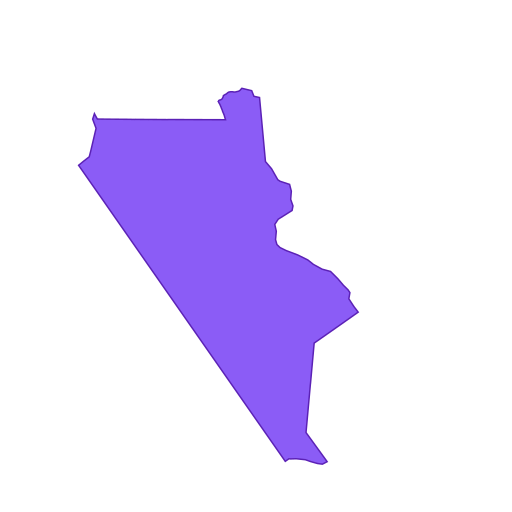 the district of Micomiseng, Kié-Ntem, Equatorial Guinea, rotated 235°
{"feature_id": "11065452B35658646165921", "entity_name": "Micomiseng", "entity_type": "district", "adm_level": 2, "iso_a3": "GNQ", "parent_name": "Equatorial Guinea", "parent_adm1": "Kié-Ntem", "projection": "albers", "projection_center": [10.868, 2.052], "detail": "fine", "context": "isolated", "style": "filled", "palette": "violet", "viewbox_px": 512, "rotation_deg": 235, "n_neighbors": 0, "source": "geoboundaries", "source_scale": "gbopen_adm2", "svg_char_len": 1695}
<svg xmlns="http://www.w3.org/2000/svg" viewBox="0 0 512 512"><g transform="rotate(235 256 256)"><path d="M295.4,324.6L303.4,318.6L306.0,317.6L318.6,318.8L327.9,317.9L383.8,349.8L388.0,345.9L393.9,347.3L401.5,340.6L401.5,340.4L401.0,338.5L400.9,338.3L400.9,338.1L400.9,336.7L401.0,336.4L401.0,336.1L401.6,334.8L402.1,333.4L402.2,333.2L402.3,333.0L403.1,331.8L403.3,331.7L403.8,331.2L404.3,330.6L405.0,329.6L405.7,328.2L405.9,327.7L406.0,326.7L405.8,324.8L405.8,324.5L405.8,324.2L406.0,323.6L406.0,322.6L406.1,321.6L406.1,321.3L406.0,321.2L405.4,320.6L405.3,320.4L405.1,320.2L404.2,318.5L404.2,318.2L404.1,317.8L404.2,316.6L404.3,316.3L404.4,316.0L404.7,315.5L404.7,314.9L404.7,314.6L404.2,313.9L404.2,313.7L403.9,313.7L402.7,313.5L401.3,313.4L401.2,313.4L398.3,312.8L398.2,312.8L396.8,312.4L395.2,312.1L393.3,311.5L391.7,311.2L390.0,310.8L389.9,310.8L386.4,309.6L385.1,309.2L417.7,263.0L418.6,261.6L429.2,246.7L429.3,246.5L437.0,235.7L437.7,234.6L438.4,233.7L439.0,232.8L439.7,231.9L453.8,212.1L459.2,204.6L463.0,205.0L465.3,205.3L464.3,204.0L461.8,200.7L452.3,198.2L437.1,181.2L432.9,176.3L432.6,169.9L432.1,163.0L432.0,162.8L432.0,162.7L71.0,162.2L71.0,162.3L71.0,166.7L70.1,167.7L66.9,172.6L60.8,179.6L56.2,182.9L50.7,187.4L47.4,191.0L46.7,196.3L48.3,196.3L82.7,195.7L120.0,227.2L120.4,227.6L151.3,253.7L151.3,280.2L151.3,281.7L151.4,307.4L151.4,307.5L158.5,307.2L167.7,307.5L172.1,311.9L175.4,312.0L181.9,310.8L190.4,310.0L200.6,308.2L207.3,302.6L216.2,298.2L223.0,296.2L232.9,290.8L243.2,283.8L249.2,280.5L253.4,279.7L258.2,281.4L264.6,286.8L271.1,289.5L273.4,295.3L272.6,311.7L275.8,315.0L282.5,316.9L288.8,322.1L295.4,324.6Z" fill="#8b5cf6" stroke="#5b21b6" stroke-width="1.5"/></g></svg>